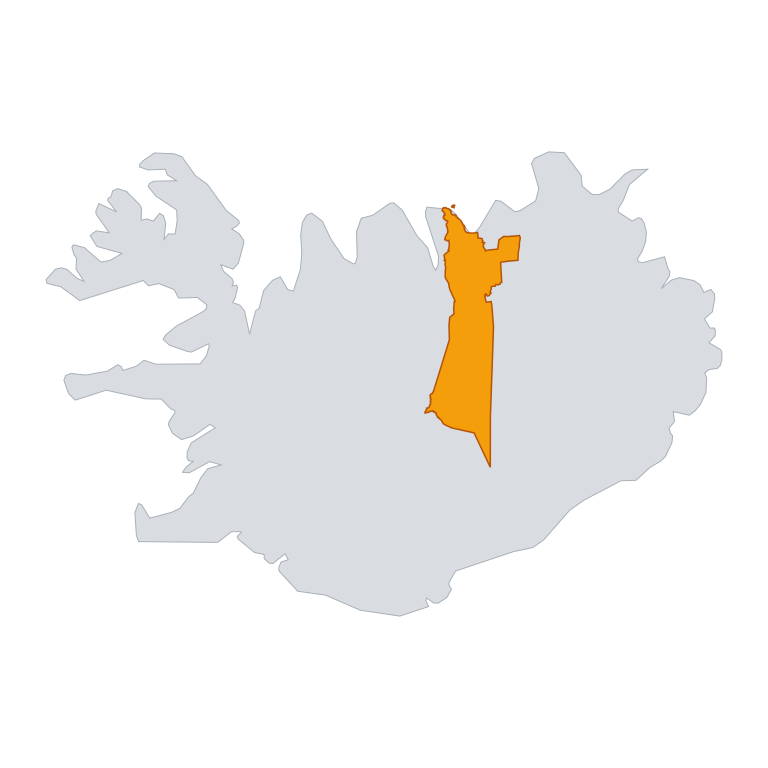 Þingeyjarsveit, Norðurland eystra, Iceland shown in context
{"feature_id": "244011B2873245088627", "entity_name": "Þingeyjarsveit", "entity_type": "district", "adm_level": 2, "iso_a3": "ISL", "parent_name": "Iceland", "parent_adm1": "Norðurland eystra", "projection": "albers", "projection_center": [-17.794, 65.291], "detail": "fine", "context": "in_parent", "style": "filled", "palette": "amber", "viewbox_px": 768, "rotation_deg": 0, "n_neighbors": 0, "source": "geoboundaries", "source_scale": "gbopen_adm2", "svg_char_len": 9336}
<svg xmlns="http://www.w3.org/2000/svg" viewBox="0 0 768 768"><path d="M592.1,194.4L598.9,194.7L610.0,189.1L625.5,173.5L632.2,169.9L647.7,169.2L629.5,184.5L623.1,200.7L618.2,208.7L618.4,212.1L632.2,221.1L638.5,217.7L641.4,218.7L644.2,223.2L646.4,232.0L645.7,241.4L642.3,251.0L637.3,259.1L638.2,261.6L642.5,262.7L664.6,256.8L667.7,268.1L669.9,271.8L669.5,275.8L661.3,288.6L671.3,280.2L679.5,277.6L693.9,280.6L700.0,284.7L703.9,292.4L710.8,289.5L714.3,293.8L714.8,298.5L712.4,311.8L704.4,318.9L710.1,328.1L714.4,328.0L715.3,330.1L715.2,335.8L709.0,342.8L720.4,349.5L721.9,352.1L721.8,360.5L720.3,365.4L717.1,368.5L709.3,369.5L704.7,372.9L706.7,377.9L706.0,392.3L700.5,404.3L695.0,410.9L689.4,415.2L673.3,411.6L674.5,421.6L669.1,428.1L670.5,433.3L672.6,435.8L672.0,442.5L665.4,456.6L660.4,461.3L650.3,467.2L635.9,480.3L620.8,480.8L584.2,500.0L569.7,510.2L543.8,539.8L532.7,547.6L513.6,551.6L455.7,571.0L449.1,582.4L448.8,584.8L451.4,589.2L447.0,597.3L438.1,603.2L433.9,603.0L426.7,598.1L425.8,600.5L428.6,606.5L399.8,616.1L360.2,610.2L325.5,595.1L297.8,591.3L279.0,571.0L278.7,567.9L281.0,562.0L288.2,559.8L285.1,553.7L272.8,563.6L269.0,563.1L264.2,558.6L264.2,554.5L254.5,552.5L238.3,539.2L237.2,536.3L241.4,532.4L240.7,531.6L231.5,531.7L217.6,542.4L138.6,541.6L136.4,535.4L134.9,512.8L138.3,503.5L141.5,504.6L149.7,518.1L171.2,512.5L180.0,508.3L188.7,496.6L193.4,493.0L200.8,477.8L207.7,468.7L221.2,465.0L209.6,461.6L189.2,472.8L182.6,472.3L186.0,467.1L193.2,461.4L188.6,460.7L187.0,457.8L187.2,452.0L191.2,442.9L215.2,427.8L210.0,424.3L193.4,436.0L181.5,439.6L172.4,433.2L168.5,425.0L169.0,421.7L175.2,412.2L174.5,410.2L170.8,408.9L161.3,399.1L145.3,398.8L106.1,390.2L75.2,400.1L68.6,393.6L63.9,380.4L65.6,375.6L71.1,373.4L85.6,375.1L107.5,371.1L117.8,364.7L121.4,366.8L122.9,370.5L136.5,366.1L144.0,360.2L155.6,364.2L200.1,363.9L206.4,355.8L209.3,345.9L208.4,343.8L191.6,352.0L187.9,351.6L169.5,345.3L163.1,339.3L165.7,335.0L176.3,326.1L202.6,311.8L206.3,308.8L206.9,304.9L197.4,297.5L178.5,298.0L174.2,289.6L159.0,283.6L148.4,285.8L143.3,280.5L79.7,300.6L60.9,286.8L47.0,283.4L46.1,279.6L55.5,269.2L61.3,267.8L66.9,269.4L77.0,278.3L84.2,281.5L76.0,269.1L76.6,258.0L74.0,254.8L71.9,247.2L73.3,244.8L84.3,247.6L100.9,262.0L109.9,260.5L122.0,253.4L96.9,246.4L90.1,235.6L96.1,230.9L109.2,232.8L96.2,214.1L95.8,211.0L99.0,203.6L116.6,211.9L107.9,200.8L107.9,198.5L110.8,196.9L112.8,190.7L117.6,188.6L126.5,191.5L139.7,204.7L141.5,208.2L141.1,220.3L146.8,218.9L153.4,221.1L159.6,213.3L163.3,215.6L165.7,223.1L164.1,239.3L168.4,233.9L175.1,234.0L177.2,220.8L176.7,210.0L155.9,196.1L148.2,186.5L149.4,183.5L153.8,181.2L176.5,180.7L167.2,174.8L165.3,169.2L148.1,169.9L139.6,167.0L139.7,164.2L143.4,160.5L154.4,153.0L174.0,153.8L181.8,156.7L195.7,176.0L207.3,184.3L226.2,210.4L238.8,220.7L239.3,223.2L237.0,225.9L231.7,228.9L239.2,233.7L243.7,240.4L243.8,243.2L238.4,263.0L233.0,269.2L220.9,264.7L223.4,271.2L231.9,278.5L233.6,282.4L232.1,286.0L236.4,285.1L237.6,287.3L235.0,298.6L232.6,302.5L239.8,305.2L244.6,311.2L249.6,334.4L253.9,317.0L255.9,310.6L259.1,308.4L263.6,290.6L272.4,280.4L280.3,276.8L287.8,289.6L293.4,291.1L300.4,269.4L301.8,253.3L300.7,235.3L302.3,222.7L306.5,215.2L311.7,213.1L322.3,221.1L330.9,239.1L344.1,258.7L353.6,263.9L355.3,263.3L357.2,257.1L356.5,231.7L361.2,218.3L372.6,215.3L390.0,203.2L393.9,202.9L402.2,210.2L417.0,235.8L427.7,247.8L433.3,266.7L435.8,270.3L438.2,264.4L438.5,256.0L425.7,216.8L425.5,211.5L426.8,207.2L450.3,209.4L455.5,213.8L471.9,236.0L479.9,226.9L495.6,200.4L501.0,201.2L514.7,211.7L520.0,210.7L535.7,200.8L538.8,188.5L531.6,163.6L534.3,158.4L548.6,151.9L564.3,152.7L581.2,175.4L582.2,186.2L592.1,194.4Z" fill="#d9dde1" stroke="#a8b0b8" stroke-width="1"/><path d="M477.6,232.5L476.3,232.9L474.6,233.0L472.2,233.1L468.7,232.9L466.4,232.4L466.3,232.0L465.9,231.9L465.7,231.6L465.3,231.3L464.9,230.7L464.8,229.7L464.5,229.6L464.5,229.2L464.5,228.6L464.6,228.3L464.3,228.3L464.3,228.1L464.5,227.8L464.3,227.8L464.1,227.5L464.2,227.3L464.3,227.1L464.2,227.0L464.4,226.8L464.2,226.5L464.4,226.0L464.2,225.9L464.2,225.7L463.9,225.8L463.5,225.5L463.0,224.6L462.5,223.9L462.5,223.4L462.3,223.2L462.0,222.5L461.7,222.4L461.4,222.0L461.3,221.7L461.3,221.2L460.9,220.9L460.5,220.3L459.9,219.7L458.8,219.0L457.3,217.7L456.2,216.9L455.8,216.0L455.9,215.7L456.0,215.5L455.6,215.4L455.5,215.1L454.4,214.7L454.0,214.9L452.8,215.0L452.0,214.3L451.7,213.9L451.7,213.5L451.3,213.1L451.1,212.8L450.8,212.0L450.7,211.7L450.8,211.4L451.1,211.2L450.9,210.5L449.9,210.3L449.4,209.4L449.0,209.2L448.6,208.7L447.6,208.8L447.2,208.4L446.5,208.2L446.2,207.9L445.6,208.1L445.3,207.9L445.2,207.8L445.2,207.7L444.2,207.8L443.7,207.6L443.4,207.7L443.2,208.2L442.9,208.6L442.6,208.9L442.4,209.4L442.4,209.8L442.1,210.5L442.2,210.8L442.5,211.1L443.1,211.4L443.6,211.4L443.7,211.6L443.7,211.9L443.8,212.3L444.2,212.8L444.2,213.1L444.3,213.2L444.5,213.7L444.9,214.0L444.9,214.3L445.1,214.7L445.1,214.8L444.9,214.9L443.9,215.2L443.7,215.7L443.8,215.9L443.9,216.3L443.8,216.7L443.3,216.9L443.5,217.3L443.4,218.2L443.9,218.9L444.7,219.0L445.3,220.1L445.5,220.6L445.9,220.7L446.7,220.5L447.8,221.2L447.6,222.1L447.1,222.7L446.9,223.3L446.3,223.7L446.3,223.8L446.3,224.0L446.3,224.6L446.5,225.4L446.5,225.5L446.3,226.1L446.9,226.6L447.2,227.1L447.3,227.3L447.2,227.8L447.4,228.2L447.5,229.5L447.7,229.8L447.9,230.3L447.9,230.8L447.8,231.3L447.5,231.9L447.5,232.0L447.8,232.5L447.6,233.0L447.2,233.4L447.1,233.8L446.2,235.1L445.6,236.4L445.1,237.8L444.7,239.7L445.5,239.8L446.0,239.9L446.3,240.2L446.6,240.7L446.9,240.8L447.3,240.8L448.1,241.0L448.8,240.5L449.4,244.4L449.1,245.8L449.0,246.3L449.1,246.7L449.0,248.4L448.7,249.0L448.3,249.6L448.1,250.1L448.8,250.4L449.1,250.8L445.6,253.6L444.4,254.7L444.0,255.2L444.5,257.9L444.6,258.2L444.7,258.5L444.6,259.1L444.8,259.4L444.8,259.7L444.7,259.9L444.8,260.0L444.7,260.1L444.9,260.1L444.8,260.3L445.0,260.6L444.8,260.7L444.7,260.7L444.7,260.9L445.0,261.1L445.1,261.5L445.3,262.3L445.3,262.7L445.3,263.0L445.3,263.5L445.1,263.9L445.1,264.1L445.0,264.5L445.0,264.8L445.1,265.0L445.8,268.1L445.4,269.1L445.3,270.3L445.2,275.1L445.3,277.8L448.7,283.5L449.1,286.8L450.0,289.8L455.3,301.4L454.1,302.0L454.0,305.7L454.1,306.1L454.0,306.4L453.9,307.2L453.6,308.1L454.0,313.4L454.0,313.8L449.7,317.4L449.0,325.5L449.4,339.6L447.7,345.2L433.4,391.7L433.2,391.7L433.0,392.0L432.9,392.1L433.0,392.3L432.7,392.9L432.4,393.1L432.2,393.4L431.9,393.7L431.2,393.8L430.3,394.9L430.2,395.4L430.1,395.6L430.2,395.8L430.1,396.0L430.1,396.5L430.6,397.0L430.7,397.3L430.5,397.6L430.4,397.9L430.6,398.3L430.3,398.5L430.9,399.3L430.8,399.6L430.6,399.8L430.6,400.7L430.4,400.9L430.8,401.5L430.7,401.7L430.5,401.8L430.5,402.0L430.4,402.6L430.5,402.9L430.4,403.6L430.6,403.9L430.1,404.3L430.1,404.7L429.9,404.9L429.8,405.3L429.5,405.6L429.4,405.7L429.5,406.2L429.0,407.3L428.1,407.8L427.6,408.3L427.3,408.3L427.0,408.0L426.6,408.1L426.7,408.7L426.6,409.6L426.0,410.3L425.7,410.9L425.5,411.2L425.3,411.5L425.2,412.0L424.9,412.4L424.9,412.9L425.0,413.0L426.2,412.8L426.4,412.5L426.8,412.5L427.0,412.4L427.2,412.5L427.9,412.5L428.2,412.4L428.5,412.4L428.8,411.9L428.9,411.7L429.3,411.5L429.8,411.6L430.3,411.1L430.5,411.0L431.1,411.4L431.9,411.3L432.3,411.0L432.6,411.2L432.9,411.0L433.0,411.2L432.9,411.5L433.1,411.6L433.7,411.3L433.8,411.4L433.7,411.6L433.7,411.8L434.0,412.2L434.5,412.3L434.5,412.5L434.3,412.6L435.0,412.4L435.7,412.6L435.9,413.0L436.2,413.1L436.2,413.4L436.2,413.7L436.0,414.1L436.0,414.3L436.1,414.5L436.4,414.5L436.5,414.7L436.6,415.0L436.8,415.3L436.9,415.7L437.0,416.0L437.2,416.3L437.3,416.5L437.5,416.6L437.6,417.4L437.9,417.5L438.3,417.4L438.6,417.5L438.9,417.7L438.8,418.1L439.1,418.4L439.5,418.6L440.0,419.3L440.8,419.9L441.4,420.1L442.2,422.0L443.3,423.7L444.0,424.2L446.2,425.4L452.0,428.0L474.1,432.9L490.3,467.3L490.4,416.6L493.5,327.2L492.0,307.1L491.2,301.5L486.3,302.3L485.9,300.7L485.4,299.7L485.5,298.9L484.9,296.9L485.0,296.9L485.1,296.6L484.8,295.6L485.2,295.3L485.0,294.8L485.1,294.6L485.3,294.1L485.5,294.0L485.8,294.1L485.8,294.3L486.3,294.2L486.4,294.5L486.8,294.9L486.9,295.0L487.0,295.6L487.2,295.9L487.6,296.1L489.1,295.5L490.9,293.2L491.0,293.1L490.8,293.0L490.9,292.9L490.8,292.7L490.5,292.5L490.4,292.1L490.0,291.9L491.3,289.0L491.2,286.8L491.7,286.7L492.1,286.4L495.4,286.1L495.6,285.2L495.7,284.5L496.6,284.5L498.4,284.9L499.6,284.2L499.9,284.1L500.1,284.0L500.4,283.4L500.3,283.0L500.4,282.7L501.7,282.4L500.6,262.4L502.0,261.9L505.6,261.6L507.5,261.2L518.0,260.3L518.1,255.2L518.2,254.0L518.2,253.4L519.3,246.3L519.4,243.7L519.5,242.3L520.3,238.0L519.4,235.5L515.4,236.0L507.0,236.6L503.7,236.4L499.0,239.8L497.7,249.1L488.5,250.0L487.1,250.3L485.4,250.9L485.3,250.3L485.3,249.9L485.0,249.1L484.8,248.9L484.7,248.8L484.5,248.7L483.9,247.8L483.8,247.7L483.7,247.3L483.7,247.2L483.3,246.8L483.3,246.7L483.2,246.4L483.2,246.0L483.5,245.6L483.5,245.2L483.4,244.9L483.6,244.5L483.6,244.3L483.6,244.2L483.8,244.1L483.7,243.9L483.7,243.7L484.0,243.4L484.2,242.9L484.4,242.8L483.0,242.2L483.1,242.6L482.2,242.4L482.5,241.6L482.8,241.4L482.7,240.3L482.3,239.8L482.0,238.5L478.8,238.1L477.9,237.8L478.1,237.1L477.6,232.5ZM454.6,205.2L453.2,205.2L452.3,205.7L451.7,206.4L451.9,206.6L451.9,206.8L452.1,206.9L452.1,207.3L453.3,207.1L453.6,207.3L453.9,207.3L454.0,207.5L454.3,206.5L454.3,206.2L454.7,205.6L454.6,205.2Z" fill="#f59e0b" stroke="#b45309" stroke-width="1.5"/></svg>